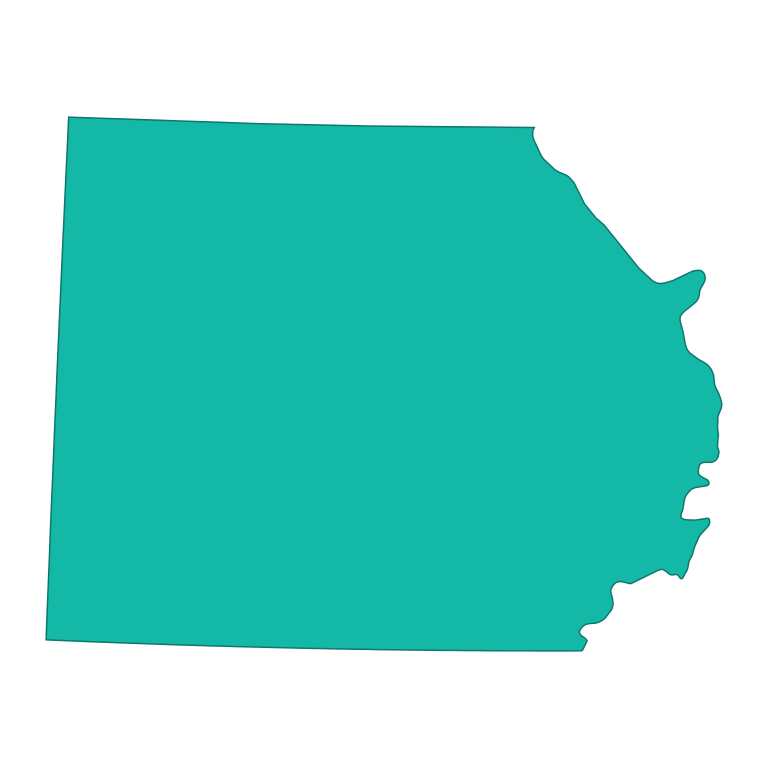 map outline of Al Wadi at Jadid (orthographic projection)
{"feature_id": "EGY-1550", "entity_name": "Al Wadi at Jadid", "entity_type": "Governorate", "adm_level": 1, "iso_a3": "EGY", "parent_name": "Egypt", "parent_adm1": "", "projection": "orthographic", "projection_center": [30.896, 24.831], "detail": "fine", "context": "isolated", "style": "filled", "palette": "teal", "viewbox_px": 768, "rotation_deg": 0, "n_neighbors": 0, "source": "natural_earth", "source_scale": "10m", "svg_char_len": 4097}
<svg xmlns="http://www.w3.org/2000/svg" viewBox="0 0 768 768"><path d="M66.0,174.0L66.4,165.8L67.9,134.7L68.5,120.7L68.7,117.1L70.2,117.2L259.6,123.7L368.0,126.0L534.3,127.5L533.3,129.5L532.9,130.6L532.6,134.1L532.9,136.7L533.7,139.6L541.3,155.9L542.7,157.9L544.0,159.5L554.9,169.8L558.9,172.1L566.5,175.3L567.8,176.2L569.3,177.5L573.2,181.7L574.2,183.1L584.6,204.0L596.1,218.2L604.0,224.9L638.8,268.1L652.1,280.4L652.9,281.0L654.4,281.9L656.4,282.8L657.6,283.2L659.2,283.4L661.5,283.5L665.5,282.8L672.8,280.6L691.8,271.5L694.1,270.8L697.9,270.3L699.3,270.4L700.5,270.6L701.4,270.9L702.3,271.6L703.1,272.3L703.8,273.2L704.4,274.2L704.7,275.1L705.1,277.0L705.1,278.9L704.9,280.2L704.6,281.1L703.8,283.0L700.4,289.0L700.0,290.1L699.7,291.2L699.1,295.5L698.6,297.6L698.2,298.6L697.7,299.5L697.1,300.4L695.6,302.2L684.2,311.5L681.8,314.0L680.6,315.8L680.3,316.8L680.1,317.8L680.0,319.7L680.1,321.1L683.1,332.2L685.5,345.4L686.8,348.8L687.6,350.2L688.4,351.3L690.1,353.2L698.2,359.2L705.0,363.0L708.0,365.3L709.7,367.3L711.2,369.4L712.2,371.4L713.5,374.8L714.6,384.3L714.9,385.6L715.5,387.2L719.2,394.6L720.8,399.5L721.6,402.9L721.6,403.5L721.9,404.7L721.2,408.2L718.1,415.8L717.7,419.4L717.9,419.7L717.9,420.9L717.7,422.9L717.5,428.0L718.4,434.4L718.4,435.5L717.8,440.1L717.8,442.3L717.6,443.3L717.5,446.3L717.7,447.5L718.9,451.3L718.9,453.0L718.1,456.3L717.9,457.3L717.2,458.1L716.9,458.7L716.2,459.8L715.3,460.6L714.4,461.2L713.3,461.7L712.3,462.1L710.3,462.4L704.9,462.3L702.9,462.6L701.9,463.0L701.0,463.4L700.3,464.1L699.9,464.7L699.6,465.0L699.1,466.2L698.5,469.0L698.3,471.7L698.5,473.3L698.9,474.5L699.7,475.4L700.6,476.2L704.5,478.4L706.4,479.3L707.4,480.0L708.2,480.9L709.0,482.6L708.9,483.8L708.4,484.8L707.5,485.4L706.4,485.8L696.1,487.4L693.9,488.0L693.0,488.4L692.0,488.9L691.0,489.6L689.2,491.4L687.6,493.3L685.6,496.3L685.1,497.3L684.1,501.3L683.0,508.3L682.4,510.8L681.7,512.4L681.3,513.7L680.9,516.0L681.2,517.4L681.9,518.4L682.8,518.9L683.8,519.3L687.2,519.9L695.7,520.1L707.1,518.3L708.1,518.4L709.0,518.8L709.6,520.5L709.7,522.0L709.4,523.7L708.9,524.9L708.2,526.2L700.8,534.3L698.7,537.3L694.7,546.6L692.2,554.9L691.5,556.7L691.2,557.2L690.4,558.2L689.6,560.0L688.7,562.5L687.8,567.8L687.0,570.3L686.1,572.0L685.4,572.9L684.8,573.9L683.1,577.4L682.3,578.4L681.4,578.7L680.5,578.5L679.8,577.7L678.7,576.0L678.0,575.2L677.1,574.7L676.1,574.4L675.1,574.5L672.8,574.9L671.6,574.9L670.5,574.7L669.5,574.2L665.6,571.1L663.7,569.9L662.6,569.5L661.6,569.4L660.5,569.6L658.1,570.3L631.2,583.5L630.2,583.6L629.3,583.5L622.0,581.6L620.0,581.5L619.0,581.7L617.9,581.9L616.8,582.3L615.6,582.8L614.4,583.9L613.2,585.2L611.7,587.6L611.1,589.1L610.7,590.4L610.7,591.4L611.1,593.4L612.5,598.8L613.1,603.8L613.0,604.4L612.4,607.4L611.9,608.9L611.1,610.3L605.2,618.0L602.2,620.4L600.8,621.2L598.7,622.2L596.6,622.9L594.6,623.2L590.3,623.5L588.1,623.8L586.0,624.4L583.9,625.5L582.8,626.4L581.6,627.6L580.3,629.5L579.7,630.9L579.4,632.2L579.6,633.1L580.1,634.1L580.8,635.0L581.7,635.9L585.5,638.6L586.3,639.6L587.0,640.6L587.1,640.8L586.8,641.5L582.6,650.1L581.5,650.8L578.2,650.8L569.9,650.9L561.5,650.9L553.2,650.9L544.9,650.9L536.6,650.9L528.2,650.8L519.9,650.8L511.6,650.8L503.2,650.8L494.9,650.7L486.6,650.7L478.3,650.6L469.9,650.6L461.6,650.5L453.3,650.4L445.0,650.4L436.6,650.3L428.3,650.2L420.0,650.1L411.7,650.0L403.3,649.9L395.0,649.8L386.7,649.7L378.4,649.6L370.0,649.4L361.7,649.3L353.4,649.2L345.1,649.0L336.7,648.9L328.4,648.7L320.1,648.5L311.8,648.4L303.5,648.2L295.1,648.0L286.8,647.8L278.5,647.6L270.2,647.4L261.9,647.2L253.6,647.0L245.3,646.8L236.9,646.6L228.6,646.3L220.3,646.1L212.0,645.9L203.7,645.6L195.4,645.4L187.1,645.1L178.8,644.9L170.5,644.6L162.2,644.3L153.9,644.0L145.6,643.7L137.3,643.4L129.0,643.1L120.7,642.8L112.4,642.5L104.1,642.2L95.8,641.9L87.5,641.6L79.2,641.2L70.9,640.9L62.6,640.5L54.4,640.2L46.1,639.8L47.1,612.9L48.2,586.1L49.3,559.2L50.3,532.3L51.4,505.4L52.6,478.5L53.7,451.6L54.8,424.7L56.0,397.8L57.1,370.8L58.3,343.9L59.5,317.0L60.7,290.1L61.9,263.2L63.1,236.3L64.4,209.4L65.2,191.4L66.0,174.0Z" fill="#14b8a6" stroke="#0f766e" stroke-width="1.5"/></svg>